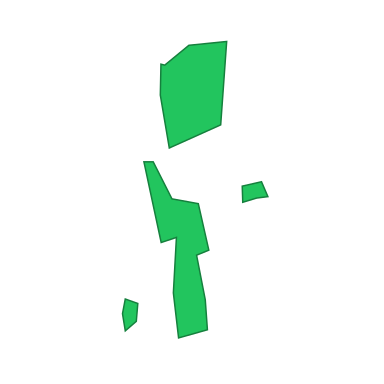 the district of Angren city, Tashkent, Uzbekistan, rotated 110°
{"feature_id": "79887680B68716596189274", "entity_name": "Angren city", "entity_type": "district", "adm_level": 2, "iso_a3": "UZB", "parent_name": "Uzbekistan", "parent_adm1": "Tashkent", "projection": "albers", "projection_center": [70.1, 41.005], "detail": "fine", "context": "isolated", "style": "filled", "palette": "green", "viewbox_px": 384, "rotation_deg": 110, "n_neighbors": 0, "source": "geoboundaries", "source_scale": "gbopen_adm2", "svg_char_len": 566}
<svg xmlns="http://www.w3.org/2000/svg" viewBox="0 0 384 384"><g transform="rotate(110 192 192)"><path d="M111.8,254.9L158.4,228.4L119.1,188.0L38.7,210.9L55.2,245.1L82.1,261.0L82.5,264.9L111.8,254.9ZM333.7,154.7L316.2,130.4L288.7,142.7L249.8,166.1L240.9,156.3L200.8,182.1L205.3,208.5L176.9,238.8L180.1,247.5L250.0,203.7L240.0,191.1L293.2,175.0L333.7,154.7ZM184.3,140.8L175.6,129.2L170.4,119.1L158.6,130.2L169.3,146.8L184.3,140.8ZM330.1,215.7L345.3,207.2L332.6,200.1L315.3,204.8L315.4,218.1L330.1,215.7Z" fill="#22c55e" stroke="#15803d" stroke-width="1.5"/></g></svg>